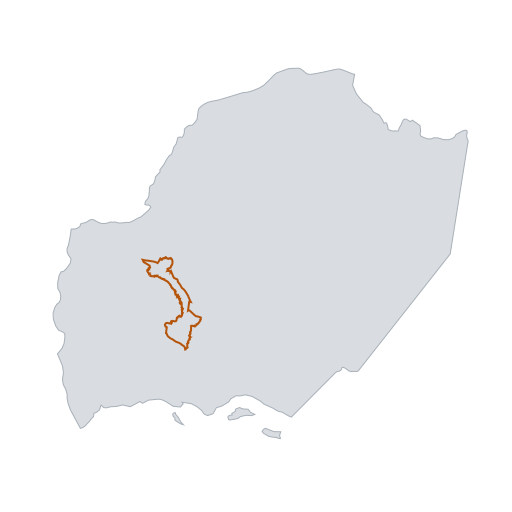 Kilombero, Morogoro, United Republic of Tanzania shown in context, rotated 99°
{"feature_id": "72390352B25590445201102", "entity_name": "Kilombero", "entity_type": "district", "adm_level": 2, "iso_a3": "TZA", "parent_name": "United Republic of Tanzania", "parent_adm1": "Morogoro", "projection": "mercator", "projection_center": [36.337, -8.562], "detail": "fine", "context": "in_parent", "style": "outline", "palette": "amber", "viewbox_px": 512, "rotation_deg": 99, "n_neighbors": 0, "source": "geoboundaries", "source_scale": "gbopen_adm2", "svg_char_len": 9428}
<svg xmlns="http://www.w3.org/2000/svg" viewBox="0 0 512 512"><g transform="rotate(99 256 256)"><path d="M185.9,364.4L180.1,361.3L174.9,359.5L170.6,357.4L168.7,355.3L164.6,354.6L161.1,354.2L157.9,352.4L151.3,351.7L150.5,350.4L150.4,347.6L149.2,346.9L146.8,346.2L144.2,346.2L142.6,346.6L141.7,346.4L139.5,344.8L137.5,342.7L136.8,339.4L133.7,337.3L130.2,335.6L120.5,335.8L119.0,335.3L116.7,333.6L114.0,330.8L111.8,327.7L109.9,323.4L107.9,317.6L96.7,294.5L95.6,290.1L93.4,285.3L89.8,279.4L86.1,275.0L80.9,271.0L75.1,267.0L72.0,264.3L66.0,253.5L64.8,248.4L63.8,243.2L64.2,241.1L68.0,234.3L68.3,232.4L67.9,229.8L66.1,224.5L63.7,217.9L59.0,206.0L58.3,203.0L58.4,200.8L61.1,188.7L61.1,187.0L72.3,187.3L80.4,182.0L87.5,174.1L88.9,170.8L91.8,165.7L94.7,163.2L95.8,161.5L97.4,156.4L101.1,153.0L104.7,150.4L104.0,148.5L104.5,147.8L106.5,146.5L110.3,145.2L111.1,142.6L111.1,139.6L110.5,137.9L110.6,136.0L110.0,134.9L107.5,134.7L103.7,133.2L100.6,132.5L98.5,131.7L97.7,131.0L97.3,129.2L99.1,124.6L97.4,122.7L101.2,115.1L101.9,114.2L103.4,114.0L105.6,113.2L107.7,112.9L109.4,113.1L110.6,112.8L111.7,112.0L112.6,109.4L113.4,105.0L113.0,101.5L111.4,98.8L110.9,94.6L111.7,89.1L111.1,84.4L109.4,80.7L107.5,78.5L104.7,77.5L100.3,71.8L99.0,69.1L99.2,67.4L100.8,66.7L103.6,66.9L106.2,66.3L108.6,64.7L111.0,64.3L112.3,64.5L223.6,64.5L353.6,137.1L354.2,138.0L355.2,144.2L355.0,146.3L353.0,150.0L352.4,151.8L352.4,153.1L352.9,153.7L354.6,153.8L356.0,154.7L356.5,155.4L357.7,158.1L359.1,159.5L408.5,195.1L409.6,195.7L408.9,198.7L406.1,205.9L406.0,209.0L404.9,212.5L403.8,214.9L401.0,225.1L398.6,229.0L395.3,237.9L394.8,244.8L396.6,249.6L397.3,254.1L401.1,258.6L404.2,260.1L406.2,262.2L409.9,266.8L412.0,271.4L418.5,273.7L421.2,278.9L420.2,282.5L417.2,285.4L414.3,290.2L412.0,296.6L412.0,306.2L413.5,304.8L417.0,307.1L417.4,314.2L413.8,322.5L412.7,326.4L412.6,329.8L415.2,339.7L419.1,344.8L418.8,346.3L417.8,347.7L424.5,356.6L424.0,364.4L426.5,370.5L427.6,375.8L429.3,379.8L429.6,382.6L427.5,385.7L432.4,386.5L435.3,389.0L436.7,391.5L440.2,391.4L442.2,393.0L444.9,394.4L451.1,398.5L452.7,400.5L453.7,402.5L436.9,415.3L430.8,418.6L426.4,420.2L421.8,421.0L417.4,423.1L413.2,426.2L407.8,427.9L401.3,427.9L394.5,430.1L383.7,436.8L377.5,433.1L372.5,431.9L366.9,432.0L363.4,432.5L362.2,433.3L361.1,435.5L360.2,439.3L356.5,442.8L350.0,446.3L344.0,447.5L338.5,446.7L334.8,445.2L332.9,443.3L330.0,442.3L326.3,442.5L322.6,443.9L319.2,446.6L313.7,447.7L306.1,447.4L302.1,446.1L301.5,443.9L298.2,441.3L292.1,438.3L287.7,438.2L284.8,441.1L282.2,442.9L279.8,443.6L277.7,443.7L274.6,442.9L266.3,442.6L258.3,442.7L257.5,438.6L255.9,436.1L254.5,434.6L251.8,434.2L251.0,433.0L250.1,430.4L248.7,428.2L246.9,426.4L245.9,424.7L245.5,423.2L245.8,421.5L247.4,417.2L248.0,414.3L247.8,411.3L246.9,408.3L245.0,404.7L245.2,403.6L244.6,401.1L244.5,399.4L244.9,397.2L244.5,394.4L242.9,388.4L242.9,386.8L241.2,383.9L235.9,376.9L235.7,376.0L227.4,369.1L224.1,367.5L222.9,368.8L222.5,370.1L222.8,372.3L222.6,373.4L222.3,373.9L220.3,373.8L219.1,373.6L216.0,371.7L213.6,371.2L207.5,371.6L205.4,372.0L203.7,371.6L200.5,368.4L196.8,367.7L193.4,367.6L187.9,363.9L185.9,364.4ZM419.4,248.5L422.1,256.1L421.8,257.6L419.8,258.4L418.8,258.5L417.6,257.3L416.8,254.7L415.3,255.3L412.9,252.3L410.4,252.1L408.2,248.5L409.1,245.3L408.6,239.8L411.2,237.1L412.7,232.4L414.4,235.6L414.8,240.6L417.1,246.4L419.4,248.5ZM432.5,203.3L432.7,205.1L432.1,206.8L432.3,212.2L432.0,215.7L430.0,220.7L428.4,222.5L426.9,222.0L425.7,221.1L424.7,219.8L426.7,210.7L425.7,204.0L429.5,204.7L432.5,203.3ZM427.0,313.0L425.1,313.5L424.3,313.0L423.2,311.5L425.2,310.3L427.2,307.8L431.8,304.2L434.0,301.3L433.6,304.1L431.0,310.3L428.8,310.7L427.0,313.0Z" fill="#d9dde1" stroke="#a8b0b8" stroke-width="1"/><path d="M294.6,328.2L293.9,328.8L293.7,329.2L292.3,329.5L291.7,329.9L291.3,330.3L291.2,331.3L290.8,332.3L290.7,333.2L290.0,333.9L289.9,334.1L284.2,337.6L285.1,338.0L284.5,338.1L284.4,338.5L284.5,339.5L284.5,340.2L284.3,340.5L284.6,341.2L284.1,341.0L283.4,340.4L282.7,341.4L282.1,340.8L281.2,339.0L280.8,338.5L280.5,338.4L280.2,338.5L279.5,338.2L279.0,338.3L278.4,338.0L278.0,337.6L277.5,337.5L276.6,337.4L274.5,337.6L272.6,338.3L272.4,338.5L272.2,339.5L271.9,339.7L271.5,339.7L271.4,340.3L271.7,340.5L271.7,340.9L272.4,341.7L272.2,342.0L272.2,342.4L272.3,342.4L272.2,342.7L272.4,342.9L272.5,343.3L272.1,343.7L271.9,344.2L271.4,344.6L271.3,345.0L271.8,345.2L272.0,345.1L272.4,345.5L272.2,345.7L272.1,345.9L272.5,346.2L272.5,346.4L272.8,346.7L272.8,347.0L272.6,347.1L272.7,347.5L273.0,347.7L273.3,347.6L273.7,347.9L273.7,348.2L274.4,348.2L274.5,348.4L274.5,348.9L274.2,348.9L273.4,350.1L276.3,351.1L277.4,351.6L278.4,352.1L277.8,354.0L277.5,356.1L277.5,362.9L277.7,363.5L277.5,367.3L278.3,366.7L279.1,366.4L279.5,366.1L282.2,359.5L283.1,359.3L283.7,359.0L283.8,358.8L284.0,358.8L284.2,359.5L284.6,360.0L284.8,359.9L284.9,360.1L285.5,360.3L285.6,360.2L285.6,360.4L285.7,360.2L286.2,360.3L286.3,360.4L286.6,360.3L286.6,360.6L286.8,360.6L287.1,360.8L287.2,361.2L287.5,361.1L287.8,361.1L288.2,360.8L288.4,360.5L289.2,360.1L289.6,359.5L290.7,358.8L290.4,358.5L290.5,358.5L290.8,358.5L290.8,357.7L291.2,357.7L291.9,356.8L292.3,356.9L292.3,356.7L292.3,355.7L292.1,355.2L292.2,354.7L292.0,354.4L292.0,354.1L292.1,353.8L291.8,353.6L292.0,353.4L291.8,353.3L291.9,353.2L291.7,353.1L291.7,352.8L291.8,352.7L291.6,352.5L291.5,352.4L291.5,352.1L291.6,351.9L291.2,351.7L291.1,351.8L291.0,351.6L291.3,351.2L291.0,351.0L291.0,350.8L290.9,350.7L290.8,350.3L291.1,350.3L291.1,350.1L291.4,349.9L291.8,349.1L292.1,348.8L292.2,347.8L292.1,347.5L292.4,347.3L292.3,347.1L292.8,346.5L292.8,346.2L293.0,346.0L293.2,345.6L293.0,345.3L293.3,344.9L293.2,344.0L293.4,344.0L293.4,343.5L293.6,343.6L293.7,343.4L293.5,343.2L293.9,342.9L293.9,342.4L294.4,341.4L294.4,341.0L294.7,340.7L294.7,340.3L294.9,340.2L295.0,339.7L295.3,339.3L295.3,339.0L295.6,338.5L295.9,338.4L296.6,337.5L297.1,336.7L297.4,336.5L297.8,336.5L297.9,335.9L298.1,335.9L298.6,335.4L299.2,335.0L299.3,335.1L299.5,335.0L299.9,334.8L299.9,334.7L300.0,334.5L300.2,334.4L300.5,333.8L300.9,333.9L301.0,333.8L301.1,333.1L301.3,333.0L301.7,332.2L301.9,332.2L302.0,332.0L302.0,331.9L302.3,331.7L302.3,331.4L302.4,331.0L302.6,330.9L302.6,330.4L302.9,330.2L303.4,330.1L303.5,330.0L303.6,330.3L303.8,330.2L303.9,330.3L304.1,330.2L304.3,330.3L304.2,330.5L304.6,330.4L304.8,330.2L305.1,330.1L305.1,329.9L305.4,329.8L305.6,329.6L305.8,329.6L306.0,329.4L306.5,329.5L306.5,329.2L306.6,328.9L306.8,328.6L307.1,328.6L307.3,328.2L307.7,328.2L307.9,327.9L308.1,327.8L307.8,327.7L308.0,327.6L307.8,327.5L308.0,327.4L307.9,326.9L308.0,326.8L307.8,326.7L308.2,326.6L308.2,326.2L308.5,326.4L308.4,326.1L308.8,326.1L308.7,325.8L309.2,325.8L309.3,325.7L310.0,325.5L310.0,325.1L310.3,325.3L310.8,325.0L311.1,324.8L311.0,324.6L311.3,324.7L311.5,324.6L311.6,324.2L312.1,324.2L312.5,324.0L312.4,323.6L312.6,323.5L312.7,323.3L312.9,323.1L312.9,323.3L313.1,323.3L313.3,323.5L313.6,323.3L314.0,323.7L314.2,323.3L314.5,323.4L314.5,323.2L314.6,322.7L314.9,322.9L315.0,322.9L314.9,322.2L315.4,322.3L315.8,322.0L315.9,321.7L316.6,321.7L316.9,321.4L316.8,321.2L317.0,321.4L317.7,321.2L318.0,321.5L318.5,321.5L318.6,321.3L318.5,321.0L318.8,320.9L318.9,320.7L319.2,320.7L319.4,320.2L319.7,320.4L319.6,320.8L319.8,320.8L320.1,320.6L320.2,320.2L320.6,320.4L320.8,320.8L321.4,320.4L321.6,320.6L322.2,320.4L322.5,320.4L323.2,319.8L323.4,319.9L323.4,320.2L323.6,320.2L323.7,319.7L324.2,320.0L324.5,319.7L324.9,320.0L325.2,319.8L325.5,319.9L326.1,319.8L326.6,319.9L326.7,320.1L326.9,320.2L326.9,320.4L327.5,320.6L327.4,320.7L327.5,320.9L327.3,320.9L327.3,321.1L327.2,321.2L327.2,321.5L326.9,322.3L327.1,322.6L327.7,322.7L328.1,323.5L328.8,323.6L328.9,323.8L329.3,323.9L329.4,324.5L332.0,324.5L332.9,324.9L333.3,326.1L333.1,328.2L333.3,328.9L333.7,329.3L333.9,329.7L334.1,329.7L334.2,329.1L334.7,328.8L335.1,328.7L335.5,328.8L336.2,329.1L335.9,330.6L336.2,331.1L335.9,332.7L336.2,334.2L336.4,334.4L336.8,334.5L337.7,335.1L338.1,335.2L338.8,335.0L339.2,334.6L339.8,334.4L340.0,333.7L340.3,333.0L340.9,332.9L341.4,333.0L346.3,332.8L346.4,332.3L348.5,331.0L349.3,330.1L350.5,328.0L350.9,327.1L351.4,325.2L352.8,322.6L353.2,321.6L353.9,318.1L354.6,316.4L355.2,315.7L356.3,313.1L357.1,312.3L357.9,311.8L359.2,311.4L359.0,311.2L359.1,310.8L357.8,310.3L357.3,309.4L357.0,309.3L356.8,309.5L355.4,309.9L354.2,310.0L353.5,310.3L352.7,309.3L352.1,309.2L351.9,309.3L351.8,309.8L351.1,309.8L350.7,309.5L349.6,309.3L349.1,309.0L348.8,308.4L348.0,308.9L347.8,308.9L347.2,308.3L346.8,308.4L346.7,308.3L346.7,308.5L346.2,308.4L345.9,308.5L345.9,308.8L345.5,309.0L345.3,309.6L345.0,309.7L343.7,308.8L342.7,308.6L342.4,309.1L341.9,309.0L341.6,309.2L341.3,309.2L340.9,308.7L339.3,308.6L339.1,308.7L338.7,308.6L337.3,308.9L335.9,308.9L335.4,309.3L335.2,309.2L335.0,308.9L334.8,308.2L334.9,307.8L334.8,307.4L335.0,306.8L335.0,306.5L335.1,305.8L334.7,305.9L334.3,305.6L334.5,304.9L334.2,304.6L333.5,304.1L333.4,304.1L333.0,303.9L332.6,304.0L332.5,303.8L332.8,303.6L332.4,303.4L332.0,303.0L332.1,302.8L332.0,302.7L331.6,302.7L331.4,302.3L330.5,302.0L330.3,301.7L329.2,301.4L328.9,301.2L328.7,300.9L328.0,300.9L327.5,301.1L327.2,300.7L326.8,300.9L325.5,300.8L325.3,301.2L324.8,304.4L324.9,304.9L324.8,305.2L324.9,305.8L324.1,307.3L320.2,313.1L320.2,314.2L320.6,314.6L311.7,314.8L311.7,313.1L310.0,314.4L309.1,314.9L307.2,316.2L306.0,316.8L302.0,320.2L300.3,322.1L299.1,324.2L296.1,326.6L294.6,328.2Z" fill="none" stroke="#b45309" stroke-width="2"/></g></svg>